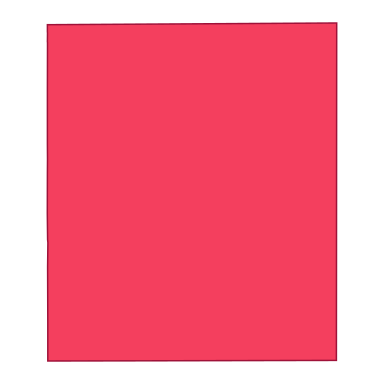 the district of Greeley, Kansas, United States of America
{"feature_id": "52423323B71873667650534", "entity_name": "Greeley", "entity_type": "district", "adm_level": 2, "iso_a3": "USA", "parent_name": "United States of America", "parent_adm1": "Kansas", "projection": "mercator", "projection_center": [-102.007, 38.481], "detail": "fine", "context": "isolated", "style": "filled", "palette": "rose", "viewbox_px": 384, "rotation_deg": 0, "n_neighbors": 0, "source": "geoboundaries", "source_scale": "gbopen_adm2", "svg_char_len": 377}
<svg xmlns="http://www.w3.org/2000/svg" viewBox="0 0 384 384"><path d="M47.4,88.5L47.4,114.5L47.4,132.2L47.4,143.7L47.5,159.2L47.4,173.3L47.3,213.4L47.6,239.7L47.9,242.7L47.6,266.9L47.8,322.5L47.8,356.0L47.8,361.0L336.4,360.4L336.7,23.0L47.4,24.7L47.4,31.7L47.5,33.1L47.4,42.0L47.5,42.2L47.5,46.3L47.4,88.4L47.4,88.5Z" fill="#f43f5e" stroke="#9f1239" stroke-width="1.5"/></svg>